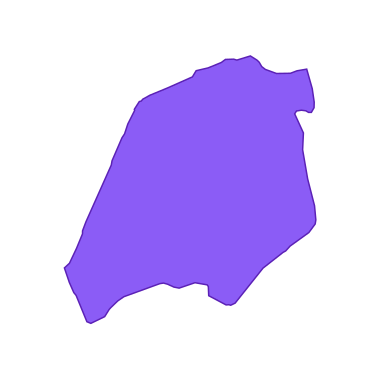 the district of San Carlos Alzatate, Jalapa, Guatemala, rotated 75°
{"feature_id": "79465075B59357563721623", "entity_name": "San Carlos Alzatate", "entity_type": "district", "adm_level": 2, "iso_a3": "GTM", "parent_name": "Guatemala", "parent_adm1": "Jalapa", "projection": "natural_earth1", "projection_center": [-90.078, 14.475], "detail": "fine", "context": "isolated", "style": "filled", "palette": "violet", "viewbox_px": 384, "rotation_deg": 75, "n_neighbors": 0, "source": "geoboundaries", "source_scale": "gbopen_adm2", "svg_char_len": 1096}
<svg xmlns="http://www.w3.org/2000/svg" viewBox="0 0 384 384"><g transform="rotate(75 192 192)"><path d="M232.3,334.9L247.6,333.9L258.6,332.2L261.9,330.7L290.1,327.1L292.7,323.7L289.8,308.6L284.0,302.4L282.7,300.4L278.0,291.9L275.5,284.9L272.2,246.8L272.6,243.1L274.9,239.2L276.3,237.6L277.7,235.8L279.1,234.2L281.5,229.3L280.4,212.6L285.6,201.4L287.5,200.7L296.5,202.7L309.9,188.3L310.4,185.6L311.4,183.9L310.5,179.1L283.9,143.1L273.9,119.7L273.2,116.8L269.6,111.2L261.4,89.6L254.8,81.3L251.0,79.6L237.0,77.2L209.3,76.9L179.8,74.2L163.8,69.1L143.1,72.6L140.8,70.1L141.3,65.2L143.0,61.1L145.3,58.8L146.0,56.1L142.2,52.3L136.8,50.7L123.3,49.1L103.0,49.4L102.1,59.2L102.8,66.2L99.4,79.7L92.6,89.4L88.9,92.2L84.1,93.5L82.5,94.4L81.3,95.2L75.7,100.4L76.2,114.5L74.5,117.3L72.6,125.4L74.5,130.2L76.3,144.4L75.9,156.6L80.9,161.8L85.2,189.1L87.6,207.5L89.6,215.5L91.0,217.5L91.0,219.5L97.2,226.3L98.4,226.3L109.7,236.4L118.4,242.1L121.5,245.6L141.2,261.2L145.1,263.0L193.4,302.2L201.2,307.8L204.1,308.6L216.5,318.1L229.1,328.8L232.3,334.9Z" fill="#8b5cf6" stroke="#5b21b6" stroke-width="1.5"/></g></svg>